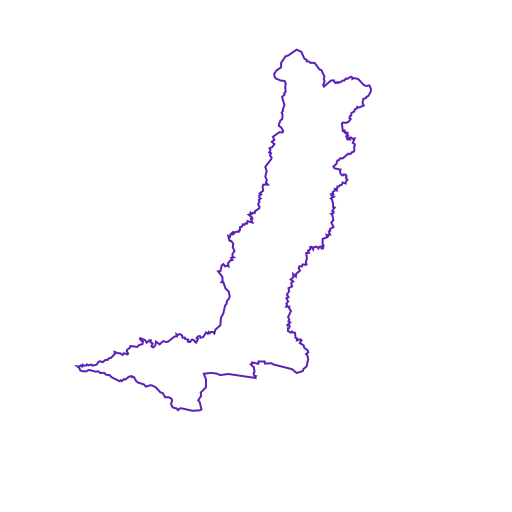 Fundación, Magdalena, Colombia (Mercator projection), rotated 312°
{"feature_id": "7082276B77818351082127", "entity_name": "Fundación", "entity_type": "district", "adm_level": 2, "iso_a3": "COL", "parent_name": "Colombia", "parent_adm1": "Magdalena", "projection": "mercator", "projection_center": [-73.904, 10.46], "detail": "fine", "context": "isolated", "style": "outline", "palette": "violet", "viewbox_px": 512, "rotation_deg": 312, "n_neighbors": 0, "source": "geoboundaries", "source_scale": "gbopen_adm2", "svg_char_len": 6095}
<svg xmlns="http://www.w3.org/2000/svg" viewBox="0 0 512 512"><g transform="rotate(312 256 256)"><path d="M207.7,367.5L214.4,363.7L216.6,360.5L216.6,358.8L219.3,359.3L220.4,357.8L220.1,353.2L221.5,351.1L220.6,346.8L223.8,346.3L223.8,344.8L220.6,342.9L222.3,341.9L221.6,340.2L225.1,336.3L223.5,334.2L223.9,333.2L222.2,332.9L221.7,329.9L223.6,328.1L224.5,328.8L226.4,328.1L226.9,326.6L225.4,326.0L225.7,325.4L229.6,325.9L229.2,323.8L230.8,323.6L232.1,320.7L238.5,318.8L239.3,315.6L240.7,314.6L238.5,312.4L240.1,312.0L241.0,310.5L243.7,310.3L245.1,306.8L247.2,307.7L247.9,304.8L252.1,304.1L253.8,301.7L257.6,303.2L259.4,300.3L262.0,300.7L261.7,297.5L265.1,298.0L267.5,295.7L267.4,299.4L269.7,297.8L274.5,298.5L275.6,295.8L277.2,295.1L279.0,297.1L281.0,296.3L282.6,298.9L283.7,299.1L284.3,297.5L288.6,295.2L291.8,291.3L293.8,293.2L294.8,291.1L297.0,291.9L299.0,290.3L300.0,291.2L299.1,294.1L301.2,293.1L303.3,294.5L303.4,297.4L305.1,296.8L307.3,298.6L305.5,299.6L306.4,300.8L309.1,299.0L309.1,297.8L313.3,294.1L317.6,296.4L318.8,294.4L319.3,296.1L320.4,295.5L321.4,296.7L323.0,293.7L324.3,294.3L325.4,292.9L329.5,294.2L331.2,289.6L334.4,289.5L337.7,285.1L337.6,283.7L339.8,284.7L340.8,284.1L340.5,282.4L344.6,282.1L344.0,280.6L346.7,278.0L348.9,274.4L348.9,273.1L352.2,274.2L351.4,271.6L352.1,270.4L353.7,272.1L354.6,270.4L357.5,270.5L358.5,271.9L358.9,270.0L360.0,271.4L362.1,270.0L362.7,271.0L364.9,271.0L366.2,272.1L368.6,271.2L369.9,274.1L372.2,272.7L373.5,272.8L373.7,273.8L374.3,270.3L376.0,269.9L376.5,268.2L375.3,266.6L374.6,267.0L373.5,266.0L373.8,263.6L375.5,261.3L376.7,261.0L373.7,255.7L374.3,253.6L378.2,254.1L381.5,252.6L382.7,253.5L384.8,253.1L386.5,255.1L393.9,256.1L394.0,257.1L395.5,258.0L397.0,257.7L398.9,258.9L400.4,258.5L402.9,255.7L404.4,255.5L405.2,254.4L404.8,252.3L409.4,250.6L407.5,249.1L407.7,247.6L406.1,246.6L405.3,247.8L404.6,246.8L405.7,246.3L403.9,245.7L404.8,244.2L405.9,244.1L405.7,243.2L407.1,243.9L407.3,242.3L408.8,241.9L408.1,239.8L407.2,240.1L407.3,238.5L408.5,237.7L408.0,237.2L407.2,237.8L406.9,237.0L411.8,231.3L413.1,231.1L415.4,234.0L417.9,235.0L421.2,234.7L421.1,233.0L423.1,232.3L424.0,232.8L426.2,231.2L429.2,232.4L431.0,231.3L433.0,232.2L434.5,231.4L435.3,233.2L439.9,235.4L441.2,232.6L444.5,230.6L447.1,232.1L448.0,231.6L450.3,232.4L454.9,231.3L457.2,229.5L458.6,226.0L456.2,224.3L455.2,221.9L455.9,213.4L453.8,209.8L452.1,209.1L453.1,208.2L452.8,206.6L448.5,205.2L448.0,204.0L445.3,204.2L444.5,203.1L441.0,202.2L440.7,201.3L439.2,200.9L439.3,199.8L437.8,199.4L437.7,198.0L438.7,196.5L436.6,194.3L427.4,193.1L428.1,191.4L431.6,190.1L433.1,187.7L435.2,186.8L437.9,180.0L437.1,178.4L438.7,170.4L435.8,166.9L436.0,165.6L434.6,163.2L435.7,162.3L435.0,160.0L438.1,153.0L436.5,148.1L426.7,145.8L424.0,144.3L416.2,145.5L413.0,148.4L407.7,147.1L403.5,147.6L401.5,150.1L401.2,152.0L403.0,157.2L405.2,160.0L404.3,162.5L400.9,164.8L398.0,168.1L396.0,168.0L395.2,169.2L391.6,168.9L387.2,176.2L382.9,177.7L382.1,178.9L379.8,179.1L378.7,181.3L375.2,183.9L373.2,183.4L368.9,185.1L368.0,186.1L368.4,188.6L367.1,192.5L365.6,193.1L363.8,190.6L355.9,188.8L354.6,191.9L351.4,191.3L351.5,194.8L347.5,195.1L345.1,193.9L344.2,196.1L341.7,196.5L342.4,198.4L340.0,199.1L339.7,201.6L338.2,202.4L328.4,203.3L326.2,207.2L321.3,209.7L319.6,213.3L317.1,214.3L317.0,217.0L313.8,213.6L311.8,214.6L309.3,217.7L305.1,216.8L305.2,218.7L302.9,218.0L301.6,219.7L301.8,220.9L299.7,220.6L298.5,222.4L296.6,222.5L295.2,224.1L295.1,225.6L293.6,226.5L288.9,225.3L287.0,226.3L286.1,224.9L284.3,224.8L284.6,223.0L283.1,223.7L281.8,222.9L282.0,227.6L281.3,228.4L280.2,227.3L278.5,231.0L276.3,226.4L274.1,227.7L273.1,226.2L271.4,226.6L270.7,225.0L268.4,225.9L266.8,224.8L264.3,226.9L263.4,226.2L262.6,227.0L260.0,224.5L258.8,224.6L258.4,222.8L256.8,222.7L257.8,224.3L256.9,224.6L254.7,222.6L252.9,223.8L252.3,222.0L249.6,226.2L250.6,227.4L250.0,230.7L246.9,232.9L245.4,236.6L241.6,237.2L239.9,239.0L240.1,240.3L238.0,238.8L237.1,241.1L235.4,239.8L231.7,240.2L229.9,242.6L229.1,240.6L227.6,239.8L228.2,237.2L226.2,236.8L221.2,239.6L219.2,238.1L218.0,244.9L215.2,247.9L213.5,247.8L214.5,249.6L211.4,255.1L211.4,259.5L208.4,263.4L206.8,264.3L202.8,264.6L200.9,266.1L198.4,266.2L191.4,270.2L187.0,271.1L180.5,275.9L174.0,275.1L170.5,276.9L170.6,274.7L169.3,273.3L167.7,273.4L167.9,271.7L166.0,272.2L165.7,270.0L160.6,271.0L158.1,269.5L159.0,267.9L157.6,266.7L155.3,266.7L155.5,268.5L151.6,269.5L151.2,268.4L152.0,267.0L151.2,264.4L147.8,264.5L146.8,262.7L148.5,261.8L147.0,258.7L147.7,257.6L146.1,256.1L147.6,253.9L146.8,251.3L144.7,250.6L144.6,249.3L143.3,251.0L141.8,249.4L133.8,248.0L132.1,246.9L130.5,243.9L125.8,243.5L125.5,239.0L122.2,240.9L119.3,240.9L118.9,238.8L121.9,237.6L121.3,235.4L123.0,234.2L122.1,233.2L118.4,232.7L119.3,230.0L117.5,225.0L116.8,225.1L116.3,227.2L116.7,229.3L114.5,230.6L111.7,228.7L109.0,228.6L105.1,222.9L103.8,223.7L99.8,223.0L98.6,223.9L98.1,226.1L96.9,226.4L95.3,222.8L93.2,223.1L92.8,220.1L91.3,218.4L90.1,215.0L88.9,216.6L83.4,216.4L81.4,215.1L79.7,215.4L77.9,213.6L74.5,213.1L73.5,210.6L72.1,209.8L68.5,210.2L65.0,207.7L65.1,206.2L62.6,204.6L62.4,203.0L61.0,203.0L59.3,201.6L59.3,200.0L57.4,200.6L57.4,198.9L55.6,198.7L54.4,197.0L54.5,199.6L53.4,201.8L54.1,203.9L56.4,206.8L59.6,208.1L62.7,214.1L64.9,216.2L64.8,218.5L67.6,221.4L67.4,223.8L69.7,227.4L69.1,229.0L71.6,238.3L73.1,238.6L73.1,239.9L76.2,240.3L76.8,241.6L81.3,242.3L83.6,244.0L83.0,244.9L84.4,246.5L82.8,250.8L83.1,253.3L85.6,258.7L85.2,261.5L89.5,264.1L90.4,265.9L91.3,269.1L90.7,276.2L91.7,278.3L90.2,283.1L92.5,285.3L93.4,288.8L92.4,290.4L89.2,291.9L88.0,294.4L88.1,296.6L89.5,298.6L89.2,301.2L91.4,301.2L92.8,302.3L98.5,312.4L103.7,317.5L105.5,318.1L109.7,312.0L110.0,309.6L115.3,308.8L117.5,306.3L124.9,306.7L130.7,301.6L133.6,296.0L139.0,300.8L142.3,305.4L143.5,309.0L149.8,314.4L165.0,337.2L165.5,336.2L166.6,336.3L165.9,334.8L167.3,332.6L168.9,332.4L171.9,328.9L171.9,324.6L173.5,325.0L174.3,324.3L177.4,329.8L179.3,328.4L183.4,333.1L182.1,334.7L186.7,339.3L187.0,341.4L196.0,358.5L196.3,364.6L201.8,367.7L203.9,366.9L207.7,367.5Z" fill="none" stroke="#5b21b6" stroke-width="2"/></g></svg>